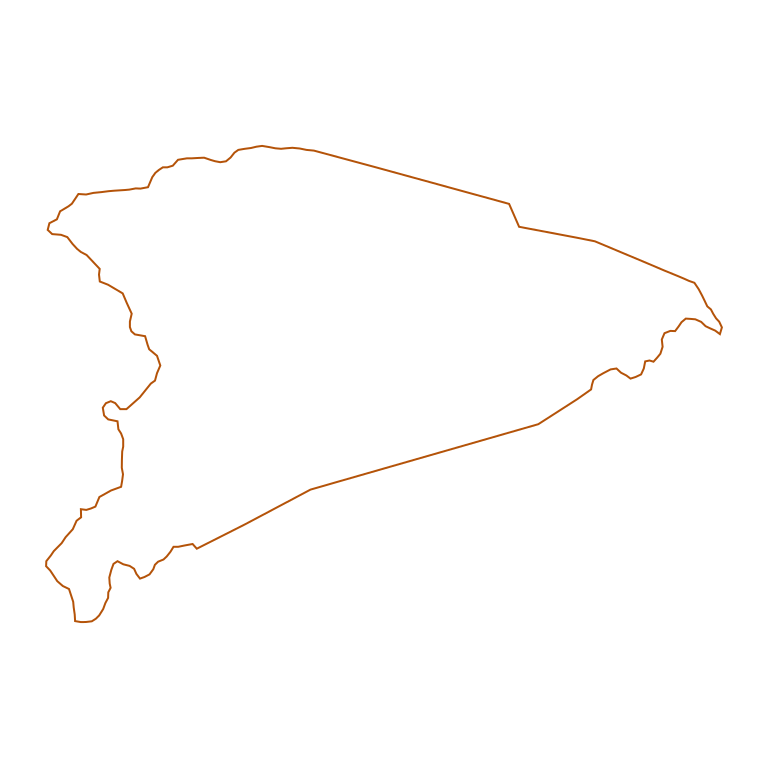 the district of Itagimirim, Bahia, Brazil
{"feature_id": "56859067B60093559467273", "entity_name": "Itagimirim", "entity_type": "district", "adm_level": 2, "iso_a3": "BRA", "parent_name": "Brazil", "parent_adm1": "Bahia", "projection": "orthographic", "projection_center": [-39.777, -16.127], "detail": "fine", "context": "isolated", "style": "outline", "palette": "amber", "viewbox_px": 768, "rotation_deg": 0, "n_neighbors": 0, "source": "geoboundaries", "source_scale": "gbopen_adm2", "svg_char_len": 2589}
<svg xmlns="http://www.w3.org/2000/svg" viewBox="0 0 768 768"><path d="M719.9,334.1L721.9,327.4L719.2,321.7L716.1,318.4L713.2,313.8L710.9,309.4L707.3,306.4L704.3,300.1L702.1,295.6L698.7,289.2L694.4,282.8L689.0,280.9L684.1,278.7L678.2,276.2L664.5,270.6L647.1,263.2L594.9,241.3L576.8,237.7L519.1,226.8L509.1,203.9L375.1,167.1L313.9,150.6L306.5,149.9L299.7,148.5L292.4,147.8L285.9,148.3L281.1,148.8L275.4,148.3L269.3,147.1L262.1,145.9L256.4,146.7L251.0,148.0L244.8,148.8L238.3,149.9L234.4,152.7L230.6,157.5L226.0,161.3L220.2,162.2L215.0,161.2L210.9,160.0L204.1,157.7L197.3,158.0L192.3,158.3L187.1,158.3L178.0,159.8L172.8,165.7L167.4,167.3L162.9,167.3L158.8,170.0L155.4,172.8L152.3,177.1L148.0,187.2L140.5,188.6L135.7,188.4L129.4,189.6L125.1,190.0L114.2,190.7L108.5,191.2L101.4,192.1L93.4,192.9L86.1,194.5L78.4,194.0L71.9,203.7L68.5,206.3L60.1,211.3L56.9,219.3L49.4,223.2L47.7,229.9L52.2,234.1L61.0,234.8L67.3,237.1L72.6,244.0L77.1,248.9L80.9,252.0L86.6,255.0L99.7,268.9L99.0,274.6L99.8,281.5L108.0,284.7L122.7,293.4L126.7,302.8L131.7,313.7L129.9,321.5L129.9,327.1L131.4,331.3L134.9,334.4L145.1,336.2L147.6,344.8L149.2,349.3L157.0,355.8L160.3,365.5L157.0,373.2L155.0,380.6L150.8,383.6L139.7,397.4L126.5,409.1L120.2,409.1L115.2,403.1L110.8,401.2L105.9,403.2L102.8,407.7L104.1,415.5L108.2,419.4L117.5,421.3L118.4,429.3L121.1,433.5L123.2,439.2L123.2,446.6L122.2,451.5L121.9,460.1L121.8,467.8L123.0,474.3L122.1,481.1L121.1,486.8L111.0,490.5L99.4,497.0L95.4,506.6L90.9,508.5L86.3,509.9L80.9,509.2L81.1,517.3L76.6,520.7L72.8,529.2L65.6,537.2L61.7,543.1L53.8,551.1L50.9,555.4L46.3,561.2L46.1,566.2L50.2,570.5L57.3,581.2L62.8,586.0L69.0,589.0L73.2,601.8L73.7,607.4L74.7,614.4L75.1,621.1L81.0,622.1L85.9,622.0L91.8,621.3L95.9,618.7L99.2,615.4L103.2,609.0L105.4,603.0L108.1,597.9L108.3,592.3L110.6,587.8L109.7,583.6L109.3,577.5L111.3,569.9L113.5,563.9L117.5,561.2L123.3,564.3L129.6,565.9L134.1,568.8L136.4,573.9L140.0,578.6L144.5,577.0L149.5,574.4L153.3,569.2L154.9,564.8L158.1,561.7L163.5,559.5L166.7,556.5L170.5,551.7L173.5,546.8L178.2,546.8L184.5,545.5L192.6,544.0L196.8,548.7L244.9,524.4L310.5,489.6L324.5,485.6L334.5,482.7L538.3,424.2L577.2,399.2L591.1,389.4L592.0,384.7L593.4,380.0L598.1,376.2L603.3,373.2L610.6,369.4L616.5,368.5L621.0,372.7L626.4,375.5L630.5,378.6L635.6,377.0L641.1,374.4L643.8,368.5L645.2,361.4L649.5,360.5L653.5,361.7L657.2,357.6L660.4,353.7L662.6,346.8L661.8,339.5L664.5,333.2L670.3,330.9L675.1,331.1L678.5,326.6L681.5,322.2L685.8,318.6L690.5,318.9L695.3,319.3L701.2,321.9L705.6,326.2L710.0,328.3L715.2,330.6L719.9,334.1Z" fill="none" stroke="#b45309" stroke-width="2"/></svg>